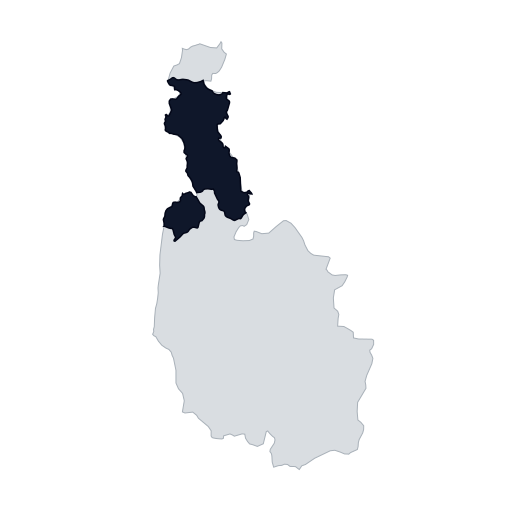 where Tirol sits in Austria, rotated 85°
{"feature_id": "AUT-2329", "entity_name": "Tirol", "entity_type": "State", "adm_level": 1, "iso_a3": "AUT", "parent_name": "Austria", "parent_adm1": "", "projection": "mercator", "projection_center": [11.6, 47.192], "detail": "fine", "context": "in_parent", "style": "filled", "palette": "ink", "viewbox_px": 512, "rotation_deg": 85, "n_neighbors": 0, "source": "natural_earth", "source_scale": "10m", "svg_char_len": 8431}
<svg xmlns="http://www.w3.org/2000/svg" viewBox="0 0 512 512"><g transform="rotate(85 256 256)"><path d="M39.7,293.5L44.3,283.3L45.3,277.0L41.2,273.3L39.5,272.2L40.9,271.4L46.7,272.1L50.3,270.0L52.2,267.9L57.4,269.9L64.9,273.8L68.4,276.5L69.9,278.5L70.7,280.3L70.3,283.2L72.0,284.4L75.5,284.8L77.9,285.7L77.1,289.6L76.9,292.8L80.2,292.4L84.3,289.9L87.5,285.5L89.5,281.2L91.0,270.8L91.5,269.9L93.9,270.7L103.9,270.3L108.6,272.2L116.1,272.6L116.0,274.2L117.3,276.7L120.6,280.4L122.2,282.8L125.7,283.2L131.0,281.9L134.2,280.5L135.4,281.5L140.2,280.6L144.6,277.6L145.6,275.3L150.0,273.7L155.9,270.1L164.0,267.2L190.7,264.2L191.7,261.9L191.3,256.6L192.0,255.9L195.4,257.2L200.8,258.4L204.9,260.3L207.6,262.7L210.0,262.8L213.9,261.1L219.1,260.0L223.9,262.5L225.4,265.2L224.5,266.6L224.6,268.9L226.1,270.7L230.1,273.7L235.1,276.3L237.7,276.1L238.7,273.6L239.7,267.6L240.0,261.2L238.8,257.5L236.1,256.6L232.8,256.3L231.1,255.6L231.7,253.5L234.3,248.3L234.3,241.3L228.4,233.3L223.3,225.6L223.3,222.9L226.4,218.3L231.1,214.7L241.6,208.6L244.9,207.3L249.2,206.3L255.3,203.8L258.2,201.2L260.2,198.4L263.1,183.8L263.7,183.2L264.6,182.3L275.3,187.4L276.3,186.5L278.1,185.7L281.5,181.8L282.3,178.9L282.2,173.3L282.5,168.1L283.2,166.4L284.8,167.0L289.4,169.8L293.1,172.8L296.5,180.6L304.5,182.6L314.6,182.8L318.2,179.4L321.5,178.6L325.2,179.6L333.0,180.8L333.9,174.6L338.4,168.1L340.4,165.8L346.1,166.0L347.6,161.2L349.0,147.7L350.2,146.2L354.3,146.5L358.5,148.9L359.7,150.9L361.9,150.8L364.9,149.4L368.2,148.5L373.4,150.0L384.6,156.1L390.4,158.3L394.0,157.9L397.4,158.0L410.6,167.5L419.8,168.8L428.2,168.8L430.9,166.0L434.5,163.5L438.2,163.9L441.5,165.1L447.8,169.2L450.8,170.3L454.7,170.9L457.6,171.9L460.1,179.0L461.5,180.9L461.3,181.8L460.9,185.0L458.7,189.1L456.4,194.4L456.5,199.0L462.6,215.2L468.0,224.9L469.0,228.7L472.5,231.5L469.2,235.1L468.6,240.4L466.4,242.8L465.9,245.8L466.8,248.6L466.8,252.0L467.9,256.8L462.7,257.8L456.4,257.6L454.1,257.9L452.0,259.2L449.8,258.6L444.1,254.1L440.9,253.1L438.7,253.4L437.0,255.3L434.0,257.8L431.3,259.6L431.9,261.1L443.7,265.1L445.8,271.2L443.5,276.2L442.7,278.7L440.0,280.6L436.6,282.3L432.5,282.7L432.0,285.4L433.6,293.3L432.3,295.0L431.0,297.4L432.3,303.9L434.8,304.4L435.3,305.9L434.9,308.5L434.4,311.3L433.6,314.2L433.1,315.5L431.4,316.4L426.2,315.9L421.7,318.4L412.6,327.5L409.5,329.0L406.0,332.6L406.2,340.5L405.8,341.2L404.9,342.9L394.1,340.1L393.7,340.1L386.5,341.1L381.5,344.8L375.5,346.8L362.9,345.7L350.6,347.1L347.7,348.2L344.5,348.8L341.5,350.9L339.8,353.9L336.7,357.6L332.4,360.6L327.7,362.8L326.5,364.7L325.0,365.8L322.3,364.4L320.2,364.5L317.6,363.5L308.9,362.4L299.4,360.7L294.9,359.0L289.7,357.7L284.2,356.6L279.2,356.4L276.7,355.9L264.8,353.0L256.9,352.8L246.5,351.6L225.9,347.2L219.9,345.4L214.1,344.8L207.3,343.3L202.2,340.8L198.9,336.1L195.3,329.7L188.9,321.5L187.6,317.4L189.5,313.8L191.6,311.0L191.3,309.8L189.7,309.3L178.4,312.8L167.4,317.3L163.0,317.4L158.8,316.4L153.3,316.3L147.9,317.5L137.2,318.1L130.9,321.4L126.9,327.8L124.7,333.0L122.9,334.6L119.2,335.3L113.6,334.8L109.7,333.3L105.7,328.9L99.4,328.3L93.7,328.2L92.2,327.3L92.3,324.5L90.1,319.1L86.4,317.4L76.7,327.5L74.1,328.5L66.3,325.6L59.6,321.3L58.8,318.1L57.7,315.5L52.0,313.0L44.9,311.3L42.7,311.3L43.5,309.8L44.4,307.2L43.9,305.1L42.2,302.9L41.3,300.6L41.0,298.4L40.5,296.6L40.2,294.8L39.7,293.5Z" fill="#d9dde1" stroke="#a8b0b8" stroke-width="1"/><path d="M74.0,328.9L73.6,328.8L73.6,328.6L72.5,325.9L71.2,323.8L71.1,322.9L71.3,322.2L72.0,321.3L72.7,320.7L73.3,319.8L73.7,318.8L73.9,317.3L73.8,316.5L73.7,315.3L73.6,314.3L73.7,313.0L74.4,309.7L74.9,308.1L77.1,304.7L78.0,302.7L78.1,300.3L78.1,299.5L77.4,295.8L76.4,293.4L80.1,292.9L81.3,292.4L83.9,290.9L85.0,289.8L86.0,288.5L87.3,285.9L87.6,285.4L88.2,285.0L89.4,284.6L89.9,284.2L90.8,283.0L91.7,281.3L92.2,279.4L92.2,277.6L91.9,276.6L91.6,275.8L91.1,275.3L90.3,274.8L90.9,271.5L91.0,270.7L90.6,269.8L90.1,268.8L90.0,268.1L90.9,267.8L91.8,267.6L92.3,267.4L92.5,267.6L92.7,268.4L92.7,268.7L92.4,269.1L92.2,269.6L92.3,270.4L92.6,270.8L93.0,271.1L93.9,271.5L96.3,271.9L97.0,271.7L97.7,271.2L98.9,269.5L99.7,269.0L101.0,269.0L108.5,271.9L108.8,272.1L109.0,272.6L109.2,273.0L109.7,273.1L111.4,272.9L113.7,271.9L114.5,271.6L115.3,271.7L115.9,272.0L117.2,273.0L116.7,273.6L114.9,274.8L115.3,275.5L118.2,276.9L121.0,279.9L121.2,280.3L121.2,280.9L121.1,281.5L120.9,281.8L121.4,283.0L122.1,283.4L128.1,283.5L129.2,283.2L132.9,280.6L134.3,280.2L135.5,280.7L135.4,283.0L136.8,283.2L138.0,282.6L138.8,281.7L139.6,280.7L140.7,279.7L141.7,279.3L144.2,279.3L145.1,278.9L145.6,278.1L145.4,277.4L144.8,277.0L144.1,276.8L146.8,273.7L148.0,273.4L149.4,273.6L150.7,274.0L153.4,273.6L154.6,273.1L155.7,272.0L155.9,271.2L156.4,269.2L156.8,268.3L158.4,267.0L158.6,266.7L159.6,266.7L162.1,267.2L166.7,267.3L169.9,267.9L170.5,267.7L171.1,266.3L171.7,265.9L176.5,264.9L189.5,265.5L190.0,265.4L191.6,263.3L191.8,262.8L191.9,262.0L191.8,259.7L191.6,259.3L191.3,259.1L190.9,258.6L190.4,258.1L190.3,257.6L190.2,256.9L191.1,256.5L192.4,255.4L192.9,255.1L193.7,254.7L193.9,254.7L193.7,255.1L193.6,256.0L193.4,256.7L193.0,257.2L192.8,257.8L193.1,258.7L193.7,259.2L194.3,259.1L195.6,258.4L196.8,258.2L200.1,259.0L201.1,258.8L203.3,257.9L204.2,258.1L204.5,258.6L205.1,260.4L205.4,261.1L205.8,261.6L207.5,263.0L208.3,263.4L209.5,263.4L210.7,263.2L211.6,262.8L212.1,262.3L213.6,264.9L214.8,265.9L216.8,267.3L217.3,267.9L217.5,268.3L217.4,268.7L217.2,269.3L217.2,270.0L217.5,271.0L218.6,273.8L218.7,274.4L218.6,274.7L218.3,275.3L217.9,276.0L216.8,277.4L216.2,278.4L215.0,281.0L214.6,281.6L214.1,282.2L213.6,282.6L213.1,283.0L212.4,283.2L209.6,283.5L209.1,283.7L208.6,283.9L208.3,284.3L207.9,285.1L207.4,286.6L206.8,287.5L206.1,288.2L205.4,288.6L204.3,289.0L202.4,289.3L201.6,289.3L200.8,289.0L199.5,288.3L198.9,288.2L198.0,288.3L196.0,289.5L189.7,291.8L187.9,291.7L187.2,291.9L185.6,292.7L185.7,294.4L184.9,297.7L184.8,298.9L184.8,300.5L184.9,301.4L185.2,302.2L185.5,302.8L186.5,303.5L186.9,304.0L187.4,305.2L187.6,306.0L187.7,309.1L187.7,309.5L186.7,309.7L181.0,312.7L176.9,312.9L174.4,313.8L172.0,315.1L170.0,316.7L167.5,317.1L166.8,317.5L165.7,318.4L165.1,318.5L164.0,318.1L162.2,316.8L161.1,316.7L160.7,316.7L160.2,316.7L157.2,316.1L155.8,316.2L154.2,316.7L153.6,317.0L153.1,317.1L152.6,317.0L152.1,316.7L151.8,316.3L151.5,316.0L151.1,315.7L150.1,315.5L149.5,315.6L149.0,316.0L148.6,316.7L146.7,318.6L144.9,318.5L143.2,317.6L141.1,317.2L137.2,317.8L133.2,319.1L132.2,319.7L128.5,323.4L128.1,324.4L127.5,327.3L126.4,329.9L126.4,330.2L126.4,331.1L126.3,331.5L126.1,331.8L125.4,332.0L125.2,332.3L123.9,334.5L123.1,335.3L122.3,335.4L121.4,335.1L119.4,334.9L118.4,335.0L116.5,335.7L116.0,335.7L115.4,335.5L114.4,334.6L113.9,334.4L113.3,334.4L112.2,334.7L111.7,334.6L110.0,333.7L109.4,333.5L108.2,333.9L107.6,333.9L107.2,333.1L107.5,332.7L108.8,331.7L109.0,331.1L108.5,330.3L104.1,327.7L103.3,327.4L102.3,327.5L96.5,329.1L94.1,328.9L92.3,327.4L92.2,325.6L92.9,322.8L92.6,321.4L92.0,320.8L90.1,319.2L88.9,317.3L88.3,316.7L88.0,316.5L87.7,316.4L87.4,316.5L85.8,317.4L84.3,319.1L83.3,321.0L83.3,322.5L81.9,322.6L80.8,322.3L79.9,322.5L79.0,323.9L78.7,325.0L78.7,325.7L78.5,326.3L77.9,327.2L75.5,328.4L74.0,328.9ZM206.8,343.0L205.4,342.8L203.1,341.8L201.2,340.1L200.1,337.4L199.6,335.6L198.6,335.0L197.5,334.8L196.3,334.4L195.7,334.0L195.4,333.7L195.3,333.1L195.3,332.0L195.4,331.1L195.7,330.5L195.8,329.9L195.8,328.9L195.3,327.1L194.4,326.4L192.0,326.4L191.2,326.1L190.9,325.7L190.5,325.2L189.9,324.5L189.3,324.2L187.9,323.9L187.3,323.7L188.2,322.9L188.2,322.1L187.8,321.3L187.4,320.4L187.1,318.5L186.8,317.5L186.4,316.7L187.0,315.2L190.5,313.3L191.7,311.7L191.7,310.5L193.3,309.7L198.3,307.4L201.7,304.1L202.7,303.6L203.8,303.5L205.2,303.5L207.2,303.1L208.7,303.1L210.3,303.7L211.8,303.8L212.9,304.1L213.9,304.6L216.1,306.8L216.3,308.4L216.8,309.0L217.5,309.6L222.4,311.3L222.9,311.9L222.8,312.8L222.1,314.5L222.0,315.2L221.9,315.7L221.9,316.1L221.9,316.5L222.1,317.3L222.5,318.0L223.0,318.8L223.5,319.7L224.7,320.8L225.3,321.2L226.0,322.0L226.4,322.8L226.7,324.0L226.8,325.1L227.2,326.4L227.8,327.2L230.4,330.0L233.8,334.8L234.2,335.4L234.1,335.7L234.1,335.9L234.0,336.1L233.8,336.3L233.6,336.3L233.1,336.3L231.1,334.7L230.5,334.5L229.8,334.6L227.5,335.6L222.5,336.4L221.3,337.0L221.1,338.4L220.8,339.4L220.4,340.6L218.5,344.3L218.3,344.9L218.3,345.0L218.2,344.9L215.4,344.6L212.0,345.1L211.2,345.0L210.3,344.5L208.5,343.3L206.8,343.0Z" fill="#0f172a" stroke="#020617" stroke-width="1.5"/></g></svg>